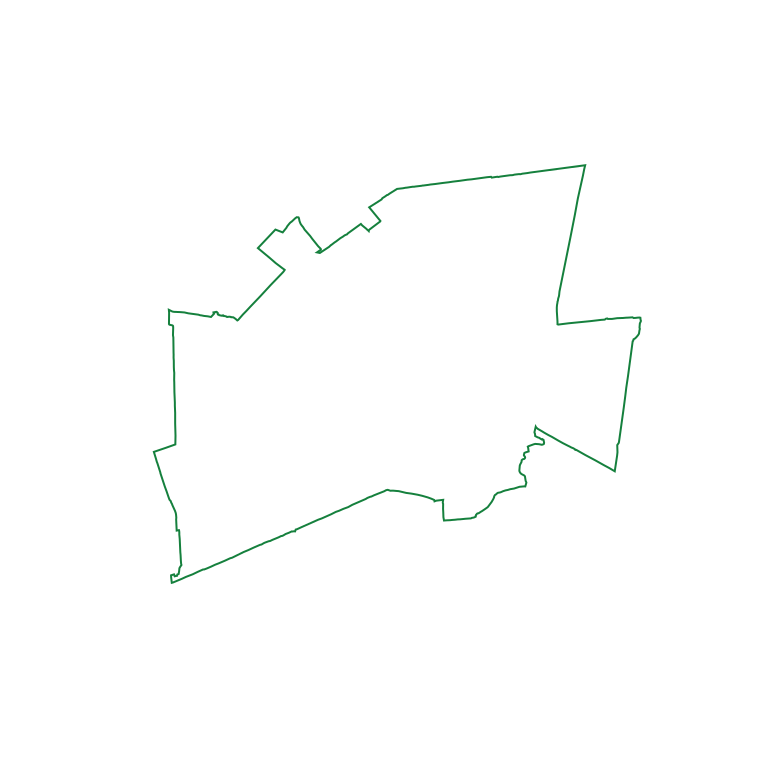 Punghina, Mehedinti, Romania (Robinson projection), rotated 151°
{"feature_id": "2599482B36454738033803", "entity_name": "Punghina", "entity_type": "district", "adm_level": 2, "iso_a3": "ROU", "parent_name": "Romania", "parent_adm1": "Mehedinti", "projection": "robinson", "projection_center": [22.945, 44.308], "detail": "fine", "context": "isolated", "style": "outline", "palette": "green", "viewbox_px": 768, "rotation_deg": 151, "n_neighbors": 0, "source": "geoboundaries", "source_scale": "gbopen_adm2", "svg_char_len": 6130}
<svg xmlns="http://www.w3.org/2000/svg" viewBox="0 0 768 768"><g transform="rotate(151 384 384)"><path d="M542.9,539.9L540.6,537.8L540.4,537.3L540.4,536.9L541.1,535.4L544.9,529.0L545.7,526.8L551.6,515.8L553.0,513.2L553.7,511.8L555.3,509.0L556.6,506.2L557.2,505.1L559.6,500.7L560.9,498.1L562.1,495.3L562.4,494.8L565.5,489.4L566.6,487.2L571.2,478.6L575.9,469.2L577.5,466.3L580.7,459.9L585.7,450.9L591.4,439.9L595.8,432.3L606.0,434.0L618.2,436.2L619.7,429.1L620.4,426.2L620.6,424.6L622.5,415.1L622.8,414.3L625.4,400.7L626.2,395.5L627.2,390.0L627.7,386.9L627.6,386.2L627.3,385.1L627.6,383.4L627.6,381.6L627.8,380.8L628.3,374.3L628.7,372.1L629.2,370.6L630.4,367.9L631.5,366.2L636.4,356.3L634.2,355.6L634.4,354.7L635.2,353.0L636.0,351.6L637.8,347.5L643.7,335.6L644.8,333.1L647.4,327.8L648.6,325.1L648.9,323.9L650.7,323.0L652.2,322.1L653.8,319.8L655.7,317.4L657.1,317.6L657.9,316.6L660.3,317.3L660.2,318.0L659.9,318.9L659.9,319.3L663.0,319.9L663.9,318.1L666.0,313.0L664.8,312.7L655.0,311.6L650.7,311.3L643.5,310.3L638.0,310.0L632.2,309.5L631.3,309.0L628.7,308.6L623.8,308.1L619.2,307.8L615.7,307.3L608.9,306.6L603.4,306.2L602.7,306.1L601.1,305.7L588.3,305.1L583.1,304.5L577.4,304.1L570.2,303.4L569.4,303.1L568.6,303.0L566.4,303.1L565.1,303.0L561.2,302.4L559.7,301.9L557.4,301.8L550.5,301.0L547.8,300.9L546.7,300.5L546.2,300.4L544.5,300.4L542.8,300.5L539.4,300.0L536.2,299.8L535.5,299.3L534.7,299.1L533.6,298.5L533.2,298.2L531.8,299.5L530.7,299.2L528.4,299.0L525.6,298.8L507.3,297.2L503.6,296.6L493.4,295.7L488.1,295.5L484.7,294.9L480.1,294.5L475.0,293.7L470.3,293.7L455.8,292.3L453.7,292.4L450.5,292.0L449.7,291.7L446.6,291.5L435.9,290.1L433.6,290.1L432.6,289.8L432.0,289.6L430.2,287.6L427.6,286.2L423.0,283.1L417.4,278.0L413.1,274.8L408.1,270.7L404.7,267.6L400.7,263.6L398.1,260.6L396.3,258.2L396.7,256.9L394.8,256.6L388.4,254.0L389.2,253.0L389.9,252.1L390.3,251.2L390.4,250.5L392.9,246.1L394.3,243.2L396.6,238.7L397.7,235.5L395.7,234.6L392.1,232.8L390.4,232.1L387.8,230.9L385.1,229.8L382.9,228.7L378.0,226.6L373.3,224.4L372.9,224.3L372.0,224.3L371.0,223.9L369.8,223.6L368.1,223.5L367.8,223.9L367.8,224.1L367.6,224.4L367.0,224.7L366.8,225.0L366.5,225.0L365.7,225.4L365.0,225.5L364.0,225.1L362.2,225.2L361.6,225.3L360.1,225.3L355.6,225.7L354.9,225.8L353.1,226.0L352.3,226.3L347.0,228.7L344.2,230.4L342.6,231.6L342.3,232.1L341.4,232.8L340.7,233.1L339.9,233.1L337.7,233.6L337.1,233.6L335.1,232.9L334.0,232.7L331.7,232.5L329.2,232.0L327.0,231.3L324.6,230.8L320.9,229.5L315.3,228.4L311.0,226.5L310.1,225.9L307.3,228.7L307.2,229.0L307.1,230.5L305.5,234.9L305.6,235.5L305.7,236.0L307.4,238.6L307.7,239.4L307.9,240.3L307.9,241.5L307.8,242.1L307.5,242.8L304.8,246.8L303.9,247.6L301.6,249.1L300.5,250.6L299.3,250.9L297.6,250.5L296.9,250.7L296.3,251.1L296.1,251.6L296.0,252.4L296.3,253.6L296.0,254.2L294.7,255.6L293.6,255.6L290.2,254.9L288.9,258.2L288.6,259.5L287.5,259.5L282.4,258.7L280.8,258.3L277.6,256.2L275.4,254.3L273.8,254.0L273.4,254.0L273.0,254.3L272.4,255.1L271.6,257.7L272.0,258.1L272.0,258.7L272.3,259.1L272.9,259.0L274.0,260.9L274.2,261.5L275.5,262.9L277.0,265.2L276.1,267.2L276.0,268.0L275.8,268.9L272.0,273.1L272.0,272.5L271.8,271.8L271.3,270.3L268.6,265.8L267.5,263.8L265.0,259.7L262.8,256.4L259.0,250.0L256.2,245.5L253.3,241.2L251.9,239.2L250.9,237.6L249.7,236.2L248.7,234.5L248.6,234.2L248.7,233.8L248.5,233.5L247.8,233.2L242.3,224.2L236.2,214.8L230.9,206.2L227.8,201.4L224.5,195.8L214.8,208.4L212.9,211.1L209.6,217.5L207.2,218.7L206.5,219.5L185.9,246.9L179.1,256.1L173.9,263.3L166.7,272.7L145.8,300.8L145.1,301.0L144.1,302.1L142.6,302.1L140.9,302.5L138.2,303.5L136.6,304.4L134.7,306.9L133.5,308.2L133.3,309.2L132.5,310.5L130.8,313.0L129.0,314.3L128.6,314.9L128.5,315.7L127.8,317.3L127.9,317.7L127.8,317.8L128.4,318.3L130.5,319.3L131.6,319.7L133.7,320.7L134.3,321.8L137.9,323.5L140.3,324.7L142.8,325.8L148.1,328.5L153.1,330.4L156.7,332.4L157.0,333.1L158.3,333.5L159.7,333.3L163.2,334.9L173.2,339.0L193.1,347.6L202.8,351.5L203.3,352.1L201.9,354.7L197.6,363.8L195.8,367.1L194.4,369.2L192.9,371.0L192.4,371.8L191.5,372.6L190.2,374.3L188.5,375.9L187.5,377.2L185.7,379.8L150.1,421.6L135.0,439.5L124.5,452.3L108.9,469.9L104.6,475.0L102.0,477.8L153.5,498.0L156.4,499.0L161.1,500.9L162.4,501.2L163.3,501.5L163.9,502.0L166.5,503.1L168.5,503.9L170.2,504.3L172.6,505.5L181.6,509.0L183.8,509.7L184.3,510.3L189.7,512.3L189.9,513.3L193.6,514.9L208.3,520.6L211.9,522.2L219.0,524.9L225.9,527.7L229.7,529.1L234.8,531.2L242.5,534.2L247.0,536.1L248.0,536.4L253.3,538.5L254.1,538.9L254.9,539.1L260.8,541.5L261.9,541.9L263.2,542.6L268.9,544.7L270.0,545.2L272.5,546.0L278.0,548.3L287.1,547.8L288.4,547.6L289.2,547.6L289.8,547.8L292.1,547.5L295.3,547.3L295.8,547.1L296.6,546.6L311.3,545.7L308.1,528.3L308.5,528.0L322.0,526.1L322.7,525.7L323.2,525.1L323.5,526.2L323.8,526.8L324.2,528.3L326.2,533.3L326.6,535.2L342.2,533.3L342.8,533.2L343.7,532.8L344.3,532.9L346.4,533.1L348.5,532.8L351.4,532.7L356.9,531.9L358.5,531.8L363.1,531.1L363.3,531.2L365.3,530.6L376.6,529.7L378.8,531.6L374.1,532.1L373.9,532.4L373.8,532.9L374.8,536.5L376.4,545.9L376.8,549.2L378.6,557.5L378.7,560.4L379.1,562.5L379.3,564.7L378.9,567.5L378.0,570.3L378.0,571.2L379.6,572.2L379.9,572.1L381.2,572.0L385.9,570.8L387.7,570.6L388.9,570.2L392.1,568.9L393.7,567.9L399.1,565.7L404.1,571.7L428.4,564.0L422.8,549.6L420.1,542.2L416.7,534.5L415.5,532.0L415.7,531.8L417.9,530.8L435.2,525.5L449.7,520.7L463.2,516.5L469.0,514.6L473.7,513.2L480.6,510.7L481.5,510.7L481.9,511.9L482.3,513.0L483.2,514.9L483.7,515.6L484.2,515.8L485.4,516.6L485.4,516.9L486.3,517.6L487.0,518.0L488.8,518.7L489.0,519.3L489.8,520.1L490.5,520.7L491.2,521.5L491.3,521.5L491.3,521.9L491.8,522.2L492.2,522.1L492.4,522.4L493.2,522.6L493.6,523.1L494.2,523.6L494.8,524.1L494.9,524.9L495.1,525.2L495.5,525.2L495.6,525.4L495.3,525.9L495.3,526.6L495.0,526.8L495.2,527.8L495.6,528.4L497.8,529.1L498.0,529.0L498.2,528.9L498.3,529.0L498.5,529.2L498.7,528.9L498.7,528.6L498.3,528.0L498.4,527.9L502.8,526.5L505.3,528.6L508.4,530.8L510.4,532.5L511.4,533.2L512.7,534.6L520.9,540.7L523.8,543.3L527.1,545.5L532.8,549.0L534.0,550.0L536.2,553.2L537.4,550.5L543.0,540.7L542.9,539.9Z" fill="none" stroke="#15803d" stroke-width="2"/></g></svg>